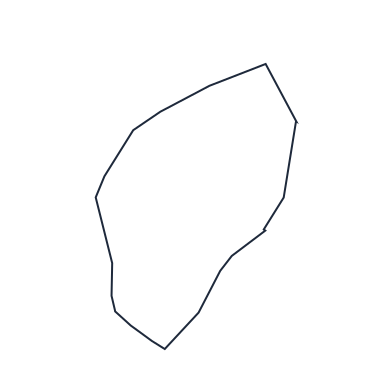 Yongsan-gu, Seoul, South Korea, rotated 302°
{"feature_id": "91817680B50347392057391", "entity_name": "Yongsan-gu", "entity_type": "district", "adm_level": 2, "iso_a3": "KOR", "parent_name": "South Korea", "parent_adm1": "Seoul", "projection": "albers", "projection_center": [126.983, 37.523], "detail": "fine", "context": "isolated", "style": "outline", "palette": "slate", "viewbox_px": 384, "rotation_deg": 302, "n_neighbors": 0, "source": "geoboundaries", "source_scale": "gbopen_adm2", "svg_char_len": 422}
<svg xmlns="http://www.w3.org/2000/svg" viewBox="0 0 384 384"><g transform="rotate(302 192 192)"><path d="M307.2,242.9L339.6,186.6L291.3,150.5L243.3,122.6L213.3,109.4L158.9,109.4L136.4,113.2L89.4,162.0L61.3,178.8L51.0,189.2L50.0,190.1L46.3,210.8L44.4,237.0L44.4,252.1L93.2,261.5L140.1,257.7L158.9,259.6L198.1,274.6L198.3,272.7L235.9,272.7L307.2,242.7L307.2,242.9Z" fill="none" stroke="#1e293b" stroke-width="2"/></g></svg>